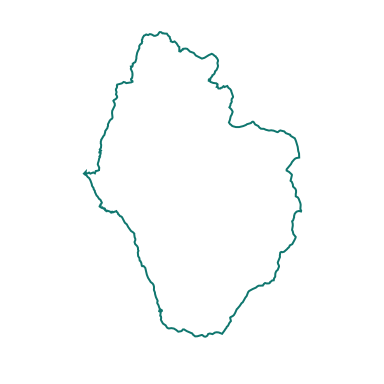 Bucuresci, Hunedoara, Romania (Albers equal-area conic projection), rotated 205°
{"feature_id": "2599482B97237665076165", "entity_name": "Bucuresci", "entity_type": "district", "adm_level": 2, "iso_a3": "ROU", "parent_name": "Romania", "parent_adm1": "Hunedoara", "projection": "albers", "projection_center": [22.958, 46.121], "detail": "fine", "context": "isolated", "style": "outline", "palette": "teal", "viewbox_px": 384, "rotation_deg": 205, "n_neighbors": 0, "source": "geoboundaries", "source_scale": "gbopen_adm2", "svg_char_len": 6009}
<svg xmlns="http://www.w3.org/2000/svg" viewBox="0 0 384 384"><g transform="rotate(205 192 192)"><path d="M249.2,318.8L253.2,318.4L256.8,319.7L258.4,319.3L260.6,318.0L260.8,317.6L260.5,317.1L261.9,315.4L261.5,315.0L261.8,314.4L262.3,314.3L262.6,314.7L263.1,314.4L264.8,318.1L265.8,318.2L268.8,320.2L271.4,321.1L272.8,319.7L274.9,319.6L275.2,320.5L277.2,322.2L277.6,323.1L279.7,323.7L281.7,324.9L284.3,323.8L284.8,323.9L285.9,323.3L287.2,323.8L288.7,323.4L289.1,322.7L289.5,320.0L291.1,318.2L292.4,317.5L295.2,317.7L296.9,317.3L298.1,315.7L300.1,315.4L300.2,315.0L301.6,313.4L301.5,313.2L301.9,311.3L301.6,309.4L301.7,308.6L301.1,307.6L300.7,307.4L300.6,306.1L300.3,305.5L301.3,303.8L301.5,301.9L300.5,300.0L300.6,296.7L300.5,294.9L299.6,291.2L298.8,289.4L298.3,286.2L298.4,285.6L299.4,284.4L299.5,283.4L299.9,283.2L299.1,281.2L299.1,280.5L299.8,280.4L300.4,279.9L299.8,279.3L299.5,277.7L297.0,275.6L296.0,274.2L295.8,273.5L295.4,273.1L294.5,270.1L295.0,268.9L294.7,267.9L292.9,267.4L292.5,266.8L293.4,265.7L297.6,262.9L299.0,263.1L300.5,262.8L301.5,260.8L305.2,257.7L305.0,256.5L304.6,256.2L304.2,254.9L304.4,253.0L303.8,251.9L302.6,250.7L302.2,248.4L300.4,247.1L299.9,246.4L299.9,245.6L300.4,244.0L301.5,242.5L301.8,241.4L299.4,239.5L298.5,237.8L298.6,231.8L297.8,229.7L295.6,226.1L295.4,224.8L296.3,223.3L296.7,221.9L296.8,217.8L296.0,216.4L296.0,215.3L295.7,214.3L296.4,210.5L296.0,209.5L295.5,206.5L295.9,205.4L296.2,201.9L296.4,201.1L296.1,200.5L296.0,199.2L295.5,198.3L295.4,197.7L294.2,196.3L293.2,193.6L293.5,191.6L291.9,191.1L292.0,190.6L292.8,190.6L292.8,189.3L292.4,189.3L292.4,188.6L291.2,188.7L290.8,186.6L290.9,185.1L290.2,184.9L290.3,183.2L289.7,180.7L289.4,178.3L289.0,177.1L286.4,174.9L285.5,172.5L286.4,171.5L288.1,170.3L287.9,167.9L289.7,168.0L291.9,165.7L293.5,166.1L294.4,164.9L296.3,163.6L296.4,163.8L295.9,164.5L296.7,164.8L296.9,165.4L297.7,163.0L296.3,162.6L294.7,162.5L292.8,161.5L291.0,161.1L289.0,159.6L286.0,156.6L285.8,156.1L285.0,155.2L282.8,153.9L282.2,152.9L280.6,152.0L280.0,151.0L276.9,148.4L275.8,148.1L273.3,146.5L271.8,146.3L269.5,144.5L269.2,144.2L269.2,143.3L269.7,142.0L269.2,141.5L269.2,141.2L269.7,140.4L269.6,139.8L267.7,139.5L267.7,139.8L266.9,140.2L266.3,140.1L266.1,139.7L265.0,139.5L264.3,140.2L263.7,139.9L263.0,138.8L262.3,138.9L261.5,138.4L261.2,138.5L261.2,139.2L258.2,139.6L256.5,139.1L256.3,139.3L256.6,139.9L256.2,140.3L255.4,140.2L255.4,140.5L254.6,140.6L252.5,142.7L251.9,142.2L250.7,141.9L249.5,140.7L249.2,140.8L247.0,139.7L246.0,139.9L244.8,139.6L239.9,135.8L237.4,135.1L234.9,133.2L230.8,130.9L228.1,130.5L226.7,129.9L226.5,129.3L224.9,126.8L223.5,125.5L223.0,124.2L223.0,122.7L222.8,122.2L221.5,120.8L218.7,119.7L217.4,118.6L216.5,116.8L215.7,116.1L215.6,114.4L213.7,111.1L211.8,109.9L210.4,107.7L209.4,107.5L207.9,106.2L206.3,103.9L205.8,103.7L204.9,104.3L204.2,104.3L202.2,103.4L198.0,98.0L195.6,95.7L191.3,92.9L189.0,92.4L187.5,91.4L186.3,89.9L185.1,87.1L183.1,85.2L182.5,84.1L180.2,81.4L177.3,79.0L177.0,78.5L177.0,77.6L176.4,76.5L174.5,75.2L172.7,73.2L171.3,72.3L169.4,72.1L169.0,71.6L169.4,71.0L171.5,70.8L171.4,70.1L169.5,69.8L168.5,66.4L167.6,66.2L166.7,64.8L166.3,63.2L165.4,62.4L162.7,60.5L159.5,60.0L157.4,58.6L155.9,58.4L155.2,58.6L153.2,59.9L150.7,60.6L148.1,60.3L145.4,59.6L143.2,61.1L142.6,61.8L142.2,63.5L141.2,64.1L137.8,63.7L132.0,63.9L130.7,63.1L128.1,62.5L126.2,63.5L122.8,66.5L122.2,66.7L120.1,66.2L118.9,66.4L118.1,67.1L117.4,68.3L117.3,70.2L116.0,71.3L113.3,71.9L111.8,74.3L110.4,75.3L108.4,76.0L104.8,76.2L104.0,80.2L103.8,81.9L103.4,83.3L103.5,84.5L102.8,86.0L102.8,88.9L102.2,91.5L104.3,94.2L104.2,94.8L102.6,96.9L102.0,98.3L101.8,100.7L101.9,104.7L101.6,105.2L100.6,108.9L100.1,112.2L99.4,113.5L99.0,118.9L98.5,120.7L98.8,124.9L98.4,126.4L96.0,129.7L93.7,132.3L92.8,134.2L91.9,135.3L88.3,137.1L88.3,137.7L88.0,138.4L88.0,139.1L87.3,140.4L85.6,140.7L83.6,141.7L83.0,142.7L83.1,143.6L82.4,144.5L82.2,145.3L81.9,145.8L80.6,146.5L81.1,148.4L80.8,150.4L81.9,153.0L82.2,154.5L82.1,156.1L81.4,157.6L81.6,161.1L82.2,162.1L83.7,163.3L84.5,164.4L84.8,170.2L85.6,171.7L86.4,174.4L85.8,175.4L84.7,175.6L83.3,176.8L81.7,180.4L81.4,181.7L81.0,182.2L80.7,183.5L80.8,184.9L79.1,187.1L78.8,191.9L78.8,194.2L79.0,195.1L82.3,196.7L84.2,199.1L85.1,199.7L85.4,200.3L86.4,204.0L87.3,205.8L88.9,207.8L88.4,208.9L88.8,212.4L89.3,213.2L89.7,215.6L89.3,217.3L88.8,218.5L87.8,219.4L87.0,220.0L85.0,220.4L85.1,221.1L86.6,222.4L88.1,226.3L89.1,227.7L92.5,231.0L93.8,231.8L96.1,231.9L97.2,234.2L97.4,235.3L98.3,237.3L99.2,238.2L99.9,238.7L102.7,239.6L103.9,241.6L105.9,243.4L107.4,243.8L108.5,249.2L108.9,250.0L112.4,251.2L115.3,251.4L115.7,252.2L115.8,252.6L114.1,259.0L114.0,261.5L113.1,264.7L112.5,266.0L111.7,266.9L109.4,268.5L111.3,272.2L113.0,274.0L115.3,277.6L119.3,282.1L121.5,284.1L125.6,284.5L126.8,284.8L127.2,285.4L131.8,285.0L134.0,285.9L138.0,285.1L138.7,284.2L139.5,282.6L140.0,282.3L143.9,282.1L146.3,281.4L148.2,280.2L151.5,279.6L153.6,279.6L156.2,278.5L158.2,278.9L159.8,279.8L163.3,279.9L165.6,281.4L166.5,281.5L167.1,281.0L167.8,279.3L170.8,276.7L171.4,275.6L173.4,273.4L176.8,270.7L179.7,269.4L182.5,268.9L183.8,268.9L184.9,269.4L186.0,269.5L187.9,270.6L188.1,273.3L188.9,276.9L188.7,278.9L189.0,281.7L189.3,282.2L191.4,283.6L193.9,284.5L193.8,286.7L194.3,288.1L194.1,289.2L194.1,290.7L194.9,291.7L195.3,293.2L194.9,295.0L195.1,295.8L199.4,300.3L199.4,300.5L200.9,301.4L203.0,301.8L204.8,303.0L206.9,300.9L207.3,301.2L208.2,301.2L208.7,299.5L209.7,298.7L209.9,297.9L211.8,297.0L213.1,297.9L214.0,297.7L214.0,298.8L213.6,298.8L214.1,299.5L214.3,300.4L214.7,300.6L215.1,300.4L215.8,300.8L218.9,299.8L221.6,299.6L223.1,300.0L224.6,299.7L223.9,300.0L224.2,300.6L224.1,301.4L222.9,301.4L223.3,303.0L222.6,305.5L222.9,306.3L222.1,307.5L221.7,308.7L221.9,310.9L222.1,311.1L221.3,313.1L221.4,316.0L221.7,317.3L223.5,319.6L223.8,321.8L224.3,322.6L226.1,324.0L227.0,324.2L227.8,324.9L228.9,324.9L230.8,325.5L232.5,325.6L234.6,323.2L237.4,318.9L239.4,317.1L246.2,317.3L249.2,318.8Z" fill="none" stroke="#0f766e" stroke-width="2"/></g></svg>